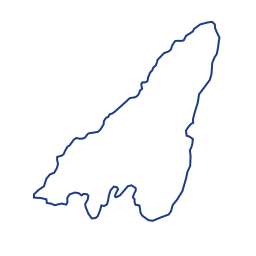 outline of Bach Long Vi, Vietnam, rotated 353°
{"feature_id": "81297802B40834484476285", "entity_name": "Bach Long Vi", "entity_type": "district", "adm_level": 2, "iso_a3": "VNM", "parent_name": "Vietnam", "parent_adm1": "", "projection": "albers", "projection_center": [107.73, 20.135], "detail": "fine", "context": "isolated", "style": "outline", "palette": "blue", "viewbox_px": 256, "rotation_deg": 353, "n_neighbors": 0, "source": "geoboundaries", "source_scale": "gbopen_adm2", "svg_char_len": 2017}
<svg xmlns="http://www.w3.org/2000/svg" viewBox="0 0 256 256"><g transform="rotate(353 128 128)"><path d="M81.1,213.4L84.8,213.4L87.0,212.0L88.3,209.9L89.7,207.4L91.0,204.5L92.1,201.6L94.8,202.5L97.8,201.3L99.4,197.6L100.7,193.0L103.2,187.6L106.9,184.4L109.9,185.5L110.7,187.6L108.0,191.3L106.7,194.2L107.7,195.3L111.8,193.9L116.6,189.6L120.7,185.8L124.4,185.3L128.2,188.4L128.2,190.7L126.1,193.9L124.4,197.3L125.8,199.6L125.5,202.2L126.1,205.1L129.8,206.2L130.1,209.9L130.1,213.7L131.5,216.8L137.1,222.0L141.4,223.1L149.5,220.8L157.9,218.8L160.6,215.7L163.0,209.9L167.8,205.3L174.3,197.3L179.4,185.3L181.6,178.9L185.1,173.2L186.7,163.4L186.7,157.7L188.6,154.8L189.9,151.7L191.0,146.8L187.8,143.9L185.3,142.8L185.1,137.9L187.8,134.5L190.7,131.9L193.4,130.7L193.4,127.6L196.4,120.1L200.4,111.2L202.6,103.2L209.3,96.3L215.0,90.3L217.4,84.8L219.6,73.6L222.5,68.4L225.0,65.6L227.1,59.5L228.7,52.9L229.8,49.5L227.6,43.2L226.6,39.2L226.8,35.7L224.4,32.9L220.1,32.9L212.3,34.0L205.6,37.7L204.2,40.0L200.7,41.8L196.9,43.5L195.0,46.3L194.0,47.8L191.5,48.1L188.0,47.5L185.3,47.5L182.1,51.2L180.0,55.5L177.5,57.0L172.9,58.1L165.7,63.9L164.9,65.9L163.5,69.0L160.0,71.6L159.2,73.6L156.8,75.6L154.1,80.2L153.0,83.9L150.9,84.8L147.9,84.5L146.8,85.4L146.5,87.7L146.8,90.8L144.4,92.3L143.3,94.9L141.4,97.1L139.0,98.3L133.3,98.6L129.8,101.2L116.6,110.4L113.7,111.8L111.5,112.1L109.6,114.7L107.5,115.2L105.0,118.1L104.2,121.5L100.5,126.1L97.8,128.1L93.2,128.4L89.1,128.4L87.3,129.0L84.3,132.2L82.1,133.0L78.4,132.7L75.7,131.6L72.7,133.0L69.5,136.5L67.9,138.2L65.7,139.1L62.5,143.4L60.9,146.2L58.7,147.4L56.3,147.7L54.1,148.2L53.8,150.8L54.1,155.4L52.4,159.3L49.3,163.4L44.8,164.6L41.0,168.2L39.1,171.9L37.6,175.5L31.5,178.7L26.6,182.4L26.2,185.6L32.6,186.8L38.3,188.8L38.3,192.5L42.5,193.7L45.9,195.7L52.8,194.9L57.3,196.5L58.8,194.5L59.2,190.0L61.9,186.8L67.5,185.6L71.3,186.8L73.6,189.2L75.9,188.0L79.3,188.8L80.4,190.5L79.3,194.1L76.3,198.1L76.3,201.0L78.2,208.2L81.1,213.4Z" fill="none" stroke="#1e3a8a" stroke-width="2"/></g></svg>